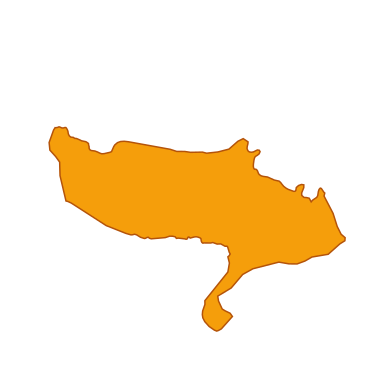 outline of Ilam, rotated 146°
{"feature_id": "IRN-3221", "entity_name": "Ilam", "entity_type": "Province", "adm_level": 1, "iso_a3": "IRN", "parent_name": "Iran", "parent_adm1": "", "projection": "equal_earth", "projection_center": [46.793, 33.074], "detail": "fine", "context": "isolated", "style": "filled", "palette": "amber", "viewbox_px": 384, "rotation_deg": 146, "n_neighbors": 0, "source": "natural_earth", "source_scale": "10m", "svg_char_len": 2709}
<svg xmlns="http://www.w3.org/2000/svg" viewBox="0 0 384 384"><g transform="rotate(146 192 192)"><path d="M83.5,123.5L82.8,122.6L82.8,117.9L82.5,116.9L84.8,114.8L87.0,95.4L90.9,82.2L92.0,73.6L90.6,68.5L92.5,66.1L98.4,66.3L113.9,64.2L128.9,71.0L137.0,71.6L145.1,73.6L151.8,78.2L159.2,85.3L184.4,94.3L196.1,95.3L213.2,90.5L228.9,91.3L231.0,86.7L232.4,78.1L230.9,74.8L228.2,70.2L228.1,66.2L244.2,62.1L247.6,62.4L249.3,62.9L250.7,65.0L253.0,70.9L253.9,77.4L253.4,81.6L252.0,84.6L249.7,87.4L244.1,91.6L242.1,94.7L207.0,105.6L200.7,112.2L198.5,118.2L196.8,118.4L195.0,119.3L194.8,121.3L193.2,126.4L193.3,127.5L194.9,128.5L197.2,132.9L200.3,134.8L203.0,138.5L205.1,139.3L210.6,143.1L211.6,143.5L212.0,144.7L211.8,146.0L210.7,148.4L211.0,149.5L212.3,151.3L213.6,152.6L215.4,153.5L219.2,154.8L219.4,155.2L219.5,155.8L219.9,156.5L220.6,156.7L221.1,156.6L221.6,156.0L222.3,155.8L223.1,156.0L223.7,156.5L224.1,157.1L229.1,161.4L230.9,162.3L230.9,164.1L232.7,166.1L235.3,167.9L239.6,169.1L252.0,176.0L253.1,177.4L253.6,179.0L254.9,179.5L256.4,179.6L257.5,180.1L260.0,183.3L261.9,187.5L263.2,189.1L265.2,189.8L266.6,190.6L270.0,194.7L281.9,212.1L298.3,250.4L300.3,253.7L301.5,255.0L292.3,279.3L285.0,290.8L285.2,297.6L286.4,306.2L282.8,312.9L272.2,320.7L269.5,321.9L269.3,321.6L267.3,320.7L265.8,320.4L264.9,319.3L264.1,317.9L262.8,317.0L261.2,316.5L260.5,315.9L260.4,314.8L260.6,312.9L261.0,311.5L261.6,310.3L262.1,309.0L262.3,307.1L261.8,305.3L259.8,303.6L259.2,301.9L258.3,301.4L257.6,300.6L255.8,297.8L255.4,297.1L255.0,296.3L251.9,293.1L251.5,292.3L250.8,290.5L250.8,289.8L251.2,289.3L252.1,286.8L252.7,286.1L253.0,285.2L252.9,283.7L252.3,282.7L249.6,280.3L247.9,277.9L246.7,275.8L245.4,274.1L243.3,272.9L237.6,270.7L236.1,270.5L231.5,273.4L229.7,274.2L226.2,274.6L223.0,273.8L219.9,272.0L216.7,269.3L186.2,239.6L182.0,234.2L175.4,229.7L170.8,225.5L170.4,225.3L161.0,219.2L158.2,216.0L148.1,210.7L137.4,206.9L125.6,208.4L119.7,207.6L117.5,202.3L117.5,202.2L118.8,200.6L120.5,199.1L122.0,197.4L122.6,195.1L122.1,193.2L120.6,191.8L118.7,190.9L114.3,190.3L112.9,189.0L113.0,187.4L115.0,186.1L117.2,185.9L118.9,186.0L120.6,185.7L122.7,183.9L125.4,180.9L126.8,179.0L127.5,177.3L127.5,176.0L126.3,175.2L125.9,174.0L125.9,172.9L126.5,170.3L126.5,168.9L125.6,166.7L124.2,165.1L121.0,162.2L117.1,155.9L113.7,152.3L113.2,150.3L113.1,148.1L112.8,145.4L112.0,142.9L110.9,140.6L107.5,135.9L107.2,135.6L106.9,135.4L106.5,135.2L106.4,135.1L105.9,135.0L105.4,135.1L104.9,135.4L103.0,137.4L100.0,137.8L97.0,137.0L95.3,135.4L96.9,133.1L101.6,129.9L102.9,127.8L102.2,124.9L100.1,123.3L98.3,121.3L98.7,117.2L96.5,117.8L91.6,117.8L89.8,118.7L86.9,121.8L85.2,123.1L83.5,123.5Z" fill="#f59e0b" stroke="#b45309" stroke-width="1.5"/></g></svg>